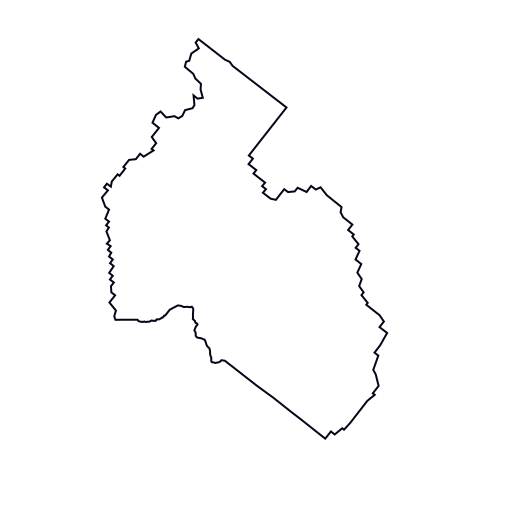 Plumas, California, United States of America, rotated 38°
{"feature_id": "52423323B49571098968478", "entity_name": "Plumas", "entity_type": "district", "adm_level": 2, "iso_a3": "USA", "parent_name": "United States of America", "parent_adm1": "California", "projection": "natural_earth1", "projection_center": [-120.915, 40.023], "detail": "fine", "context": "isolated", "style": "outline", "palette": "ink", "viewbox_px": 512, "rotation_deg": 38, "n_neighbors": 0, "source": "geoboundaries", "source_scale": "gbopen_adm2", "svg_char_len": 2757}
<svg xmlns="http://www.w3.org/2000/svg" viewBox="0 0 512 512"><g transform="rotate(38 256 256)"><path d="M92.4,214.7L100.7,214.8L100.6,226.4L107.9,228.6L107.8,235.9L110.3,235.9L106.3,246.9L101.7,246.8L101.7,253.7L96.8,258.4L96.7,267.5L99.1,267.6L99.1,276.8L96.7,276.8L96.5,286.1L98.9,290.7L94.0,290.8L94.0,295.5L98.9,295.4L98.6,304.8L106.8,309.9L111.6,309.9L114.3,319.4L119.0,319.4L119.0,324.1L122.6,324.2L123.0,328.7L131.2,333.6L130.9,338.1L135.4,337.7L135.5,342.4L139.9,342.5L140.5,346.9L145.3,346.9L145.4,351.5L150.1,351.6L150.7,359.7L155.3,359.8L155.4,364.5L160.3,364.4L160.3,369.1L164.4,373.7L169.2,373.7L169.1,382.9L179.2,385.2L181.4,390.8L184.5,392.8L201.8,379.2L202.2,379.2L203.4,379.7L204.3,379.3L205.3,379.0L206.3,378.3L207.5,377.6L208.2,376.5L209.2,376.1L210.1,375.7L210.7,374.8L211.8,374.0L212.8,372.7L213.4,371.1L214.9,370.4L215.5,369.8L216.6,369.2L217.0,368.2L216.7,367.8L216.8,367.0L217.5,366.5L218.8,365.4L219.2,364.3L219.6,363.5L219.9,362.7L219.8,362.4L220.0,362.0L220.4,361.7L220.3,361.3L220.6,360.4L220.3,359.6L221.1,358.6L221.1,351.4L224.8,343.1L227.7,341.4L230.5,340.7L232.9,338.5L235.9,336.7L236.6,335.5L238.5,335.9L239.8,337.2L242.4,341.0L244.2,343.2L245.1,344.6L247.7,344.7L248.4,345.4L249.8,345.9L250.6,345.5L252.0,345.8L252.2,346.6L252.0,348.4L253.2,352.5L255.8,353.7L257.6,356.0L259.5,356.5L261.5,355.7L263.0,354.7L267.1,353.6L269.0,354.6L271.0,356.0L272.8,357.1L276.2,357.5L278.0,358.9L279.6,360.8L281.3,362.5L283.3,363.6L284.8,365.5L285.7,366.6L287.0,366.7L287.9,366.0L289.7,365.4L292.3,362.4L292.8,360.9L292.9,359.4L295.9,357.7L300.1,357.7L310.2,357.7L319.3,357.7L324.6,357.7L337.2,357.7L357.1,357.0L368.9,357.1L378.4,357.2L393.3,357.1L408.4,357.2L423.0,357.3L423.1,348.1L427.9,348.2L430.0,338.7L432.3,338.7L433.0,329.5L432.9,301.6L435.0,292.3L432.6,292.3L432.6,282.9L423.3,275.6L418.5,273.5L413.7,259.2L408.9,259.2L408.8,249.8L406.7,235.9L397.1,236.0L397.1,228.9L389.9,226.6L372.9,226.5L372.9,224.2L363.2,221.9L363.2,218.4L355.8,216.2L353.5,209.1L346.1,206.7L343.9,197.5L336.6,197.5L334.4,188.2L329.5,188.2L329.5,183.6L319.8,181.3L319.8,178.9L312.6,178.8L312.6,171.9L300.8,171.8L295.7,169.4L293.3,164.8L274.3,164.5L264.6,162.1L262.2,166.8L256.3,166.9L256.5,174.4L246.8,176.6L246.7,181.3L241.9,185.9L237.1,186.0L237.1,199.5L232.3,201.8L222.5,201.9L222.7,197.2L217.8,197.2L218.0,192.6L203.3,192.6L203.3,188.1L193.6,188.2L193.6,181.2L188.5,181.2L188.6,120.2L120.5,120.6L115.7,119.2L110.7,120.4L77.1,120.5L77.0,124.9L83.1,127.6L80.4,136.3L83.2,143.3L81.3,145.9L83.4,150.7L94.5,151.1L98.9,153.5L106.6,154.2L109.9,159.0L116.7,164.1L113.0,168.0L107.9,167.9L114.6,175.0L115.0,178.6L110.3,184.7L111.7,191.1L110.0,195.4L105.7,196.0L100.0,202.1L91.8,200.9L90.3,206.5L92.4,214.7Z" fill="none" stroke="#020617" stroke-width="2"/></g></svg>